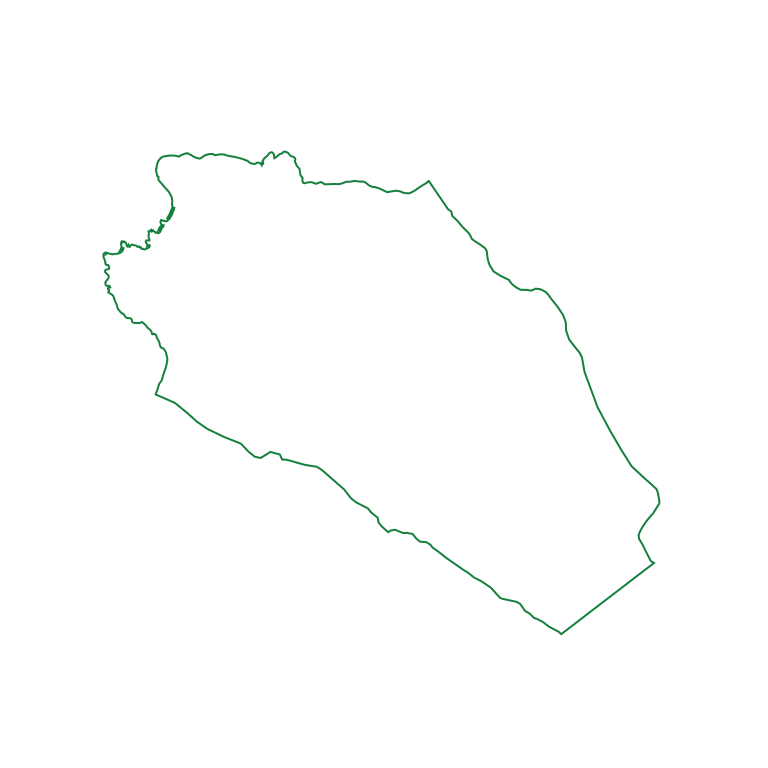 Theodorine, Anse-la-Raye, Saint Lucia (Albers equal-area conic projection), rotated 12°
{"feature_id": "8701671B76033822027974", "entity_name": "Theodorine", "entity_type": "district", "adm_level": 2, "iso_a3": "LCA", "parent_name": "Saint Lucia", "parent_adm1": "Anse-la-Raye", "projection": "albers", "projection_center": [-61.054, 13.929], "detail": "fine", "context": "isolated", "style": "outline", "palette": "green", "viewbox_px": 768, "rotation_deg": 12, "n_neighbors": 0, "source": "geoboundaries", "source_scale": "gbopen_adm2", "svg_char_len": 6091}
<svg xmlns="http://www.w3.org/2000/svg" viewBox="0 0 768 768"><g transform="rotate(12 384 384)"><path d="M411.4,523.8L419.0,528.1L421.5,525.6L425.3,524.3L433.7,525.8L437.7,524.8L443.2,524.8L447.9,528.6L451.9,530.7L458.4,529.9L463.1,531.7L465.6,534.0L470.0,535.7L480.9,541.1L501.3,549.7L504.5,550.7L512.4,554.6L520.6,556.8L531.2,561.2L536.6,565.2L542.0,569.0L544.5,569.5L558.2,569.5L562.6,570.6L569.3,576.7L574.0,578.2L579.4,581.7L582.6,582.0L589.0,583.8L595.9,587.1L606.5,590.1L609.4,591.8L685.3,502.9L682.5,502.0L681.8,501.6L681.2,501.0L673.5,491.5L670.1,487.1L665.9,482.7L664.5,479.3L664.8,476.4L665.4,473.8L666.6,470.1L668.5,465.3L669.8,462.4L672.9,456.6L674.2,454.7L674.5,453.4L675.6,450.7L677.9,444.2L678.1,443.0L677.7,441.4L674.8,434.1L672.9,430.7L671.5,429.6L663.7,425.0L659.6,422.8L643.3,413.0L629.9,399.2L615.3,383.2L597.8,362.4L577.7,330.6L572.2,317.1L569.3,313.2L567.6,311.7L562.7,307.8L556.0,302.1L551.1,294.1L548.8,285.5L545.6,280.5L544.2,278.7L538.3,272.9L529.6,265.7L526.0,262.4L523.0,260.4L518.3,258.9L517.1,259.0L516.2,258.8L512.3,259.3L510.5,260.8L508.8,261.9L507.0,262.2L504.7,262.2L497.9,263.4L493.7,262.2L489.4,260.3L486.1,257.8L484.8,256.3L474.9,253.8L467.6,251.0L462.8,245.9L461.3,243.8L459.2,239.5L457.0,232.9L455.4,230.9L454.5,230.1L448.5,227.4L444.4,225.9L439.9,223.9L436.6,219.7L433.6,217.5L427.8,213.8L421.8,209.0L416.1,205.7L413.9,201.3L410.4,199.8L385.7,176.2L385.4,176.2L384.4,177.8L383.8,178.5L378.3,183.6L374.3,188.0L372.0,190.0L369.8,191.8L369.0,192.2L365.2,192.9L361.9,192.8L360.4,192.3L356.2,192.3L352.7,193.5L347.2,195.7L338.5,193.6L334.4,193.3L331.5,193.6L328.1,192.9L324.2,190.8L321.6,190.3L317.4,191.2L313.3,191.4L308.2,193.4L305.6,193.8L304.4,194.3L304.2,194.6L300.6,196.9L299.3,197.5L296.5,198.3L295.1,198.4L284.6,201.0L281.6,199.9L281.0,199.5L279.8,199.9L275.8,202.3L275.0,202.3L273.1,201.9L271.1,201.7L269.9,201.9L266.7,203.1L264.1,204.3L263.3,204.1L261.9,202.3L261.5,199.3L259.1,197.4L257.9,194.8L256.9,191.8L256.5,191.0L253.6,189.0L250.4,184.6L250.7,183.1L249.9,181.5L248.2,180.6L245.4,180.4L241.9,177.8L239.1,177.3L237.5,177.6L237.1,178.5L236.1,179.8L234.2,180.9L230.4,185.6L229.8,186.0L229.1,184.0L228.9,183.0L228.0,181.6L226.1,180.6L224.4,181.4L223.2,183.0L222.9,184.4L219.9,188.3L219.4,189.7L219.3,191.3L219.1,191.7L220.5,194.5L218.8,192.8L218.8,195.4L217.7,194.2L216.7,193.7L215.7,193.6L214.5,193.7L213.4,194.1L213.0,194.9L211.6,195.7L207.4,195.8L204.1,194.1L198.2,193.2L190.7,192.9L186.2,193.2L181.9,193.1L179.7,192.7L178.0,193.1L176.8,193.2L170.6,195.4L168.7,194.6L165.1,195.5L161.8,197.2L160.0,198.8L158.7,200.4L156.9,201.9L153.3,201.8L149.6,200.9L148.2,200.3L143.6,199.1L141.2,200.2L137.7,202.5L136.2,204.2L133.6,204.1L130.4,204.3L127.7,204.9L124.7,205.8L121.4,207.2L120.2,207.9L118.7,209.3L117.0,212.5L116.5,214.9L116.4,219.1L116.7,220.1L116.3,221.3L116.7,222.6L118.9,227.7L119.6,227.8L120.3,228.1L120.9,231.3L126.1,235.2L127.6,236.5L133.4,240.6L134.9,242.2L137.2,245.0L138.7,248.2L139.3,252.6L140.2,254.1L140.0,256.8L139.9,258.1L139.5,258.8L139.1,262.1L137.5,267.0L137.0,267.7L138.1,266.9L139.8,264.4L141.4,259.5L141.8,256.2L142.2,255.5L142.3,254.3L142.2,258.1L141.8,258.8L141.4,262.1L139.8,267.0L138.1,269.4L137.1,270.3L135.1,270.0L134.8,270.3L134.2,270.3L132.0,269.8L131.7,270.2L131.6,272.1L133.2,274.5L133.2,275.7L132.2,277.1L131.7,278.6L131.3,281.0L132.6,280.3L133.5,279.1L134.0,276.0L134.5,274.6L135.5,274.5L135.5,275.7L134.5,277.1L134.0,278.6L133.5,281.7L132.6,282.9L131.4,283.6L130.9,283.0L130.3,282.9L129.1,283.6L128.7,283.0L126.1,281.8L125.5,283.0L125.1,283.2L124.8,282.2L124.4,281.4L123.9,281.7L123.2,283.0L121.9,283.7L122.5,284.8L122.8,286.0L122.8,288.1L123.2,289.1L124.7,291.9L124.7,292.3L124.4,292.4L123.2,292.7L122.5,292.7L121.6,293.0L121.3,294.1L122.1,295.4L123.7,297.2L123.9,297.6L123.8,298.1L125.3,296.9L126.0,297.2L126.2,297.6L126.1,298.4L125.7,299.3L122.4,302.0L121.7,302.1L121.0,302.2L120.3,301.8L120.1,302.0L118.8,302.2L118.3,302.0L117.7,300.8L117.3,301.0L116.6,301.1L115.7,300.4L115.0,301.0L114.3,301.1L113.0,300.2L109.8,300.2L108.9,299.9L108.2,300.2L107.8,300.5L107.4,301.0L107.0,302.4L106.7,302.9L106.1,302.6L105.1,301.0L104.7,302.4L104.4,302.9L103.8,302.6L102.2,299.6L101.0,298.9L100.0,299.3L99.9,298.7L98.7,298.9L97.8,299.6L98.6,301.2L97.7,299.9L97.6,300.8L97.7,301.9L98.6,303.8L98.7,304.4L98.6,306.5L98.1,308.3L99.9,306.8L100.4,305.9L101.0,304.4L100.9,306.5L100.7,307.6L99.9,309.4L99.0,310.3L97.7,311.2L96.3,311.9L95.6,312.2L93.9,312.6L91.5,313.6L90.7,313.7L89.5,313.5L88.4,313.7L86.6,313.3L85.8,313.8L85.3,314.6L84.8,313.2L84.4,313.3L83.5,313.8L83.0,314.6L83.3,315.6L82.7,315.7L83.3,318.2L83.7,318.7L86.3,322.9L86.3,324.0L86.6,324.5L87.4,325.1L88.1,325.4L89.3,324.9L90.2,325.7L90.7,326.5L91.1,328.3L90.9,328.7L87.9,330.2L87.7,330.6L87.7,331.3L87.9,332.4L90.0,333.9L91.6,334.8L92.5,336.2L92.5,337.5L92.4,337.9L90.4,342.1L90.5,343.5L91.3,345.1L91.6,345.3L92.5,345.6L93.2,345.6L94.2,345.1L94.7,345.1L95.4,345.4L95.6,345.7L95.1,346.5L95.6,346.7L94.4,347.3L94.1,347.7L94.4,348.7L95.6,349.3L95.7,350.4L95.2,351.4L95.5,351.8L96.2,352.2L98.1,352.6L98.9,352.9L100.9,354.2L101.5,355.1L103.5,358.5L106.3,362.4L106.9,363.8L108.1,365.8L111.0,368.2L112.3,368.9L113.1,369.6L114.2,369.4L117.1,372.0L117.9,372.6L118.6,372.8L119.4,372.8L121.4,372.5L122.9,372.6L123.8,373.5L124.8,375.5L125.4,376.0L126.8,376.1L132.3,375.3L134.0,373.8L135.4,374.1L137.8,375.5L139.6,376.7L140.3,377.5L141.6,378.4L144.4,379.9L144.9,380.4L145.7,381.2L146.5,383.0L146.9,383.4L147.2,383.5L148.2,383.1L148.5,382.7L148.9,382.7L150.6,383.3L151.0,383.7L152.3,386.2L154.1,388.0L155.8,390.4L156.8,392.9L158.0,394.3L159.0,395.0L160.1,395.0L161.0,395.2L162.3,396.3L164.0,398.2L166.7,404.0L167.2,406.6L167.2,412.7L166.3,420.1L165.9,426.0L165.5,427.5L164.3,430.0L163.8,433.0L163.6,435.8L162.8,441.7L183.5,446.0L198.0,453.5L208.8,459.7L220.3,464.6L238.3,469.0L256.4,472.1L265.5,478.3L272.7,482.0L278.7,482.0L287.0,474.1L296.8,474.6L300.1,479.1L304.1,478.3L322.2,479.5L324.5,479.5L335.3,478.9L340.7,480.8L366.7,495.3L375.6,502.7L381.2,505.5L394.3,509.1L397.8,512.1L405.7,516.2L407.4,520.5L411.4,523.8Z" fill="none" stroke="#15803d" stroke-width="2"/></g></svg>